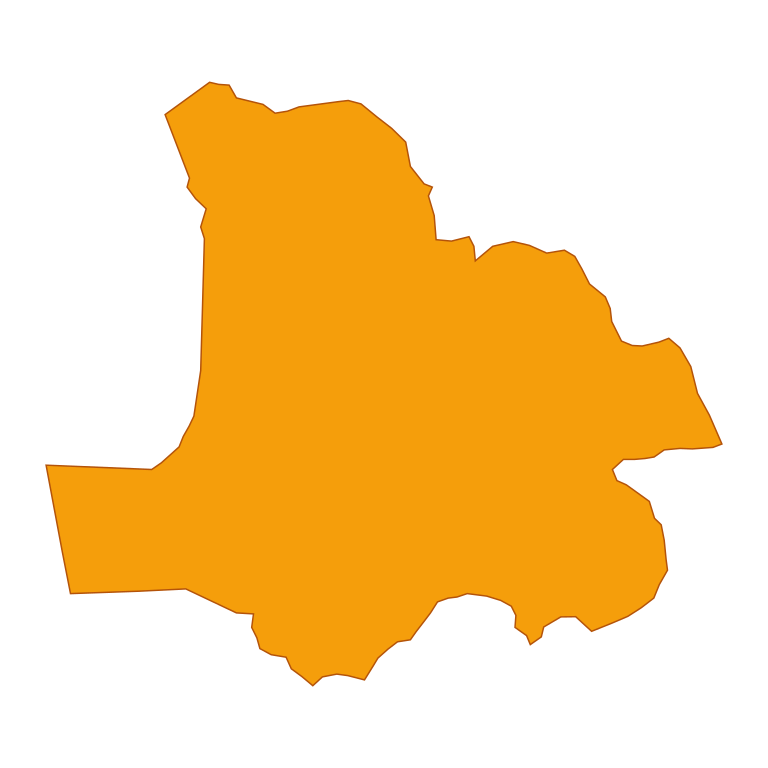 Uiraúna, Paraíba, Brazil
{"feature_id": "56859067B88987691440137", "entity_name": "Uiraúna", "entity_type": "district", "adm_level": 2, "iso_a3": "BRA", "parent_name": "Brazil", "parent_adm1": "Paraíba", "projection": "mercator", "projection_center": [-38.374, -6.502], "detail": "fine", "context": "isolated", "style": "filled", "palette": "amber", "viewbox_px": 768, "rotation_deg": 0, "n_neighbors": 0, "source": "geoboundaries", "source_scale": "gbopen_adm2", "svg_char_len": 1648}
<svg xmlns="http://www.w3.org/2000/svg" viewBox="0 0 768 768"><path d="M209.6,82.3L165.1,114.6L186.3,169.8L189.5,178.1L187.1,187.1L195.6,198.7L206.2,208.8L200.7,227.0L204.4,238.6L202.3,314.2L200.7,370.6L193.9,416.1L189.1,426.2L183.3,436.4L179.1,446.9L161.4,462.8L151.7,469.5L46.1,465.2L62.3,551.8L70.5,593.6L138.8,591.2L185.8,588.9L236.4,612.9L253.5,613.9L251.7,627.4L256.9,637.9L259.9,648.6L271.2,654.7L286.1,657.2L291.3,668.8L301.8,676.5L312.8,685.7L322.4,676.9L336.8,674.1L347.8,675.6L364.5,679.9L373.5,665.4L377.9,658.1L388.0,649.1L397.5,641.8L410.4,639.8L416.1,631.7L423.2,622.5L430.5,612.9L437.5,601.9L448.2,598.1L457.1,597.0L467.2,593.6L486.7,596.1L500.7,600.4L511.3,606.2L515.9,615.4L515.0,627.4L526.6,635.6L530.3,644.6L541.3,636.9L543.7,627.0L560.8,616.9L575.7,616.7L591.6,631.3L612.0,623.1L627.9,616.3L641.3,607.7L653.8,598.1L659.3,584.6L667.5,570.2L666.1,559.5L664.2,540.2L661.2,524.8L654.5,518.3L649.3,501.4L626.4,484.9L616.9,480.6L612.4,469.5L623.4,459.4L634.4,459.4L645.0,458.5L654.1,457.0L664.2,449.9L680.0,448.4L692.3,448.9L713.0,447.4L721.9,444.0L709.4,415.2L697.5,393.4L690.8,366.6L680.0,347.9L668.8,338.3L659.0,342.1L642.2,346.0L632.2,345.5L621.5,341.1L611.7,321.5L610.2,308.5L605.3,296.9L589.5,284.0L581.9,269.0L574.8,256.4L564.4,250.2L546.7,253.1L529.4,245.4L513.2,241.6L492.7,246.3L475.3,260.9L473.9,246.3L469.0,236.7L451.5,241.1L436.1,239.7L434.2,215.6L428.4,195.9L432.3,187.1L424.1,183.9L410.4,166.5L405.7,142.1L391.7,128.4L377.0,117.0L361.0,103.9L348.2,100.5L338.7,101.6L299.0,106.9L287.4,111.2L275.1,113.2L263.0,104.4L236.4,97.9L229.1,85.1L218.7,84.4L209.6,82.3Z" fill="#f59e0b" stroke="#b45309" stroke-width="1.5"/></svg>